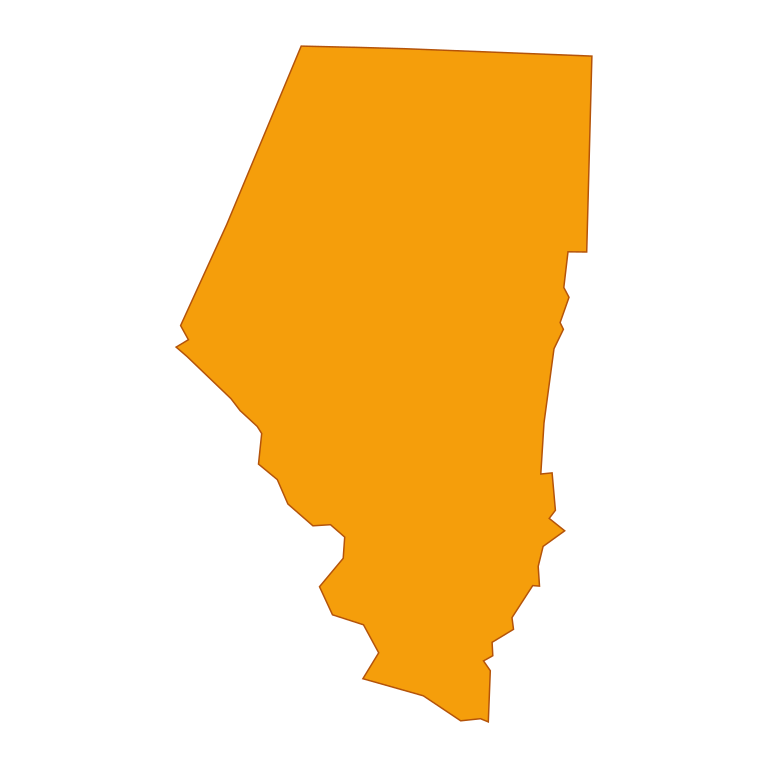 outline of Boone, Missouri, United States of America
{"feature_id": "52423323B93742797793260", "entity_name": "Boone", "entity_type": "district", "adm_level": 2, "iso_a3": "USA", "parent_name": "United States of America", "parent_adm1": "Missouri", "projection": "natural_earth1", "projection_center": [-92.3, 38.946], "detail": "fine", "context": "isolated", "style": "filled", "palette": "amber", "viewbox_px": 768, "rotation_deg": 0, "n_neighbors": 0, "source": "geoboundaries", "source_scale": "gbopen_adm2", "svg_char_len": 774}
<svg xmlns="http://www.w3.org/2000/svg" viewBox="0 0 768 768"><path d="M404.5,48.7L354.4,47.3L352.7,47.3L301.2,46.1L226.7,224.6L180.6,325.6L188.4,339.7L176.1,347.1L186.8,356.3L231.0,398.7L240.1,410.6L257.2,426.4L261.7,433.5L258.5,464.1L277.3,479.6L287.9,504.0L312.9,525.8L330.5,524.7L344.7,537.1L343.2,558.3L319.5,586.7L332.5,614.8L363.5,624.8L378.7,652.8L362.9,678.7L423.3,695.8L460.7,720.8L480.5,718.7L488.3,721.9L490.3,670.7L483.5,660.9L492.8,655.7L492.1,642.3L513.5,629.3L512.0,617.6L532.7,585.6L539.5,586.1L538.2,566.4L543.1,546.4L564.7,530.8L549.2,518.4L555.4,510.3L552.1,472.9L540.8,474.0L544.0,422.9L554.0,348.7L563.4,329.3L560.1,322.6L569.0,297.3L563.8,287.5L568.0,251.8L586.7,252.0L591.9,56.1L404.5,48.7Z" fill="#f59e0b" stroke="#b45309" stroke-width="1.5"/></svg>